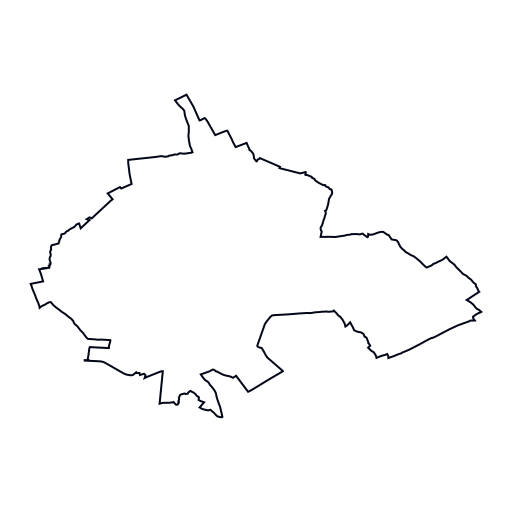 outline of Vaslui, Vaslui, Romania
{"feature_id": "2599482B13653290667893", "entity_name": "Vaslui", "entity_type": "district", "adm_level": 2, "iso_a3": "ROU", "parent_name": "Romania", "parent_adm1": "Vaslui", "projection": "equal_earth", "projection_center": [27.742, 46.653], "detail": "fine", "context": "isolated", "style": "outline", "palette": "ink", "viewbox_px": 512, "rotation_deg": 0, "n_neighbors": 0, "source": "geoboundaries", "source_scale": "gbopen_adm2", "svg_char_len": 6018}
<svg xmlns="http://www.w3.org/2000/svg" viewBox="0 0 512 512"><path d="M216.6,396.4L215.7,392.7L214.7,390.8L212.4,387.6L209.7,384.5L208.9,383.0L207.4,381.4L205.8,380.6L204.6,379.6L202.3,376.6L200.8,374.4L209.6,371.3L212.6,369.6L213.9,369.7L216.2,371.5L217.1,371.5L218.1,372.2L222.9,374.6L224.9,375.3L230.4,376.5L233.0,377.8L236.1,375.8L248.1,391.8L251.6,390.0L270.2,378.7L282.8,371.3L282.6,370.8L267.4,357.6L265.5,354.8L263.7,351.3L261.7,348.0L259.9,347.7L257.8,346.7L257.4,346.2L257.3,345.6L264.8,324.3L266.6,321.5L270.3,316.9L272.2,315.4L275.0,315.1L287.6,314.4L300.1,313.4L306.9,313.0L310.4,313.1L316.1,312.2L317.7,312.2L321.2,311.8L326.8,311.5L327.8,311.8L333.1,311.4L333.9,310.6L337.4,314.2L337.7,314.9L339.5,316.3L340.1,316.6L342.7,319.9L343.4,321.2L343.9,322.4L344.3,322.8L344.7,323.7L345.4,326.5L347.6,325.0L349.6,322.9L350.1,322.3L353.0,327.5L354.0,330.0L355.3,330.9L357.7,331.8L361.1,332.4L362.8,333.5L363.7,334.3L364.6,336.7L365.7,337.0L366.2,337.7L366.7,338.0L368.4,342.6L368.3,343.1L368.8,343.5L370.2,345.7L368.1,347.7L371.4,350.9L372.7,351.6L373.9,352.4L375.6,355.1L376.3,356.9L376.5,357.9L379.0,356.8L383.3,355.3L384.6,355.1L387.2,354.0L388.4,356.6L388.4,358.0L393.6,356.2L399.1,353.9L400.2,353.7L401.6,353.1L402.0,352.7L409.0,349.8L420.0,344.1L428.2,339.6L431.7,337.9L432.3,338.0L435.1,336.8L449.4,329.3L457.8,325.4L469.1,321.3L470.3,320.6L474.8,320.5L474.3,319.8L473.7,319.2L473.1,317.8L473.1,316.6L475.8,314.7L478.3,313.2L480.3,312.5L481.3,311.9L479.1,310.0L476.6,308.6L475.2,307.1L474.5,306.1L473.4,304.7L471.4,303.0L469.9,301.9L466.7,300.0L479.2,291.8L478.6,291.2L477.1,287.9L475.9,286.1L475.8,284.5L475.7,284.2L473.6,282.7L470.8,279.4L468.5,277.8L466.6,275.9L463.1,274.0L462.3,273.2L460.0,270.9L458.8,269.6L456.6,267.5L455.7,266.5L455.1,265.5L454.1,264.4L449.8,261.1L446.4,256.7L443.0,259.4L441.6,260.2L437.2,262.2L436.4,262.8L433.3,263.9L432.5,264.7L431.2,265.6L427.5,267.2L426.4,267.5L423.6,265.0L420.5,261.8L415.8,257.8L413.5,256.2L410.7,255.0L407.4,252.9L405.7,252.1L404.5,250.7L402.3,249.0L400.1,246.4L399.4,244.8L398.9,244.1L398.5,242.9L398.1,242.1L397.2,241.0L396.1,240.2L391.6,239.4L388.7,235.1L386.9,234.5L383.4,232.0L381.5,231.8L378.7,232.4L375.0,233.7L373.9,234.2L372.2,234.6L370.0,234.8L368.2,234.0L368.0,236.7L367.3,237.2L363.5,234.4L362.8,233.7L362.3,233.6L360.0,234.4L355.9,234.0L353.3,234.2L352.0,234.0L349.8,234.7L347.3,234.9L344.7,235.6L335.1,237.0L329.4,236.8L320.6,236.9L321.7,231.6L321.5,231.0L321.1,230.6L320.6,228.9L320.6,228.3L320.9,227.1L321.9,225.6L322.1,224.8L322.7,223.6L322.7,223.1L323.8,219.4L324.0,219.3L324.3,218.4L325.1,215.5L325.6,214.3L325.8,213.5L325.5,211.9L325.5,211.4L325.1,210.9L326.2,210.3L326.6,209.3L328.1,204.5L329.0,199.0L331.0,195.4L331.7,194.6L332.2,192.8L331.6,189.8L331.1,189.3L330.2,189.2L329.6,188.9L328.5,187.4L327.1,187.0L325.7,186.3L325.4,185.7L325.4,185.3L324.9,185.0L324.1,185.2L323.2,185.1L318.7,182.8L316.2,181.1L315.6,180.8L314.7,179.6L314.5,179.0L314.1,178.6L312.3,178.1L312.2,177.7L311.6,176.8L306.4,174.7L306.0,175.0L305.3,174.7L305.8,172.3L305.6,172.0L300.3,173.4L280.1,168.3L279.4,168.0L279.9,166.8L259.9,158.1L259.6,158.7L258.9,159.1L257.6,159.6L256.8,161.2L256.6,161.4L256.3,161.3L254.1,158.5L253.9,157.9L253.9,156.6L253.6,155.0L253.3,154.0L252.8,153.2L250.9,150.8L249.4,150.0L249.3,148.7L248.2,146.7L246.6,142.9L235.6,147.1L232.9,141.9L231.6,138.9L227.4,130.8L227.1,130.6L224.3,131.5L215.2,135.1L207.2,121.0L205.1,118.3L204.6,118.1L203.7,118.5L200.7,120.1L199.8,120.5L199.5,120.4L193.5,106.8L186.5,94.7L175.0,100.3L178.0,104.3L179.7,106.1L183.0,109.1L184.3,110.8L184.9,115.2L185.7,118.0L188.8,126.1L188.8,131.7L188.4,136.0L189.0,140.8L190.0,146.0L191.3,148.8L192.5,152.3L191.4,152.7L185.2,153.6L183.1,153.7L181.7,153.4L179.5,153.3L177.9,154.3L176.5,154.6L174.7,154.4L172.9,155.1L169.0,155.7L168.0,156.4L165.5,156.7L164.1,156.6L161.4,156.1L155.2,157.0L128.2,159.9L128.2,162.7L129.6,174.2L131.6,184.0L121.2,188.5L120.0,187.1L107.7,193.4L112.6,199.3L110.4,201.0L91.8,218.3L89.5,217.4L86.8,219.1L89.5,220.1L80.7,228.3L79.5,224.7L79.3,223.8L79.0,223.4L76.7,224.4L75.5,225.6L75.2,226.0L74.8,226.4L74.5,226.8L69.8,229.3L68.3,230.6L66.5,231.5L65.8,232.1L65.3,233.0L63.9,233.8L61.8,234.2L61.3,234.6L61.1,237.0L59.4,240.1L59.4,240.8L59.1,241.9L58.5,243.5L56.6,243.9L55.4,244.4L52.2,245.0L51.5,245.5L51.3,246.0L50.9,247.6L51.1,249.9L50.4,250.9L50.1,251.8L50.6,254.0L50.7,255.6L50.3,256.6L49.9,257.1L49.6,258.6L49.6,259.6L49.8,260.5L50.7,263.1L50.3,264.5L49.6,264.4L49.7,265.4L48.8,266.0L49.5,267.2L49.3,267.8L44.1,268.1L44.7,268.5L39.1,269.3L40.4,272.5L41.0,274.2L43.1,281.4L30.7,283.9L31.7,286.5L32.4,288.8L35.0,295.0L36.3,298.6L38.2,302.8L39.3,306.1L39.6,307.8L41.6,306.2L45.6,304.3L46.6,303.5L49.1,302.3L50.8,302.1L53.3,305.1L55.4,306.9L62.2,312.1L65.3,314.1L68.8,317.0L71.4,318.9L72.5,320.2L73.3,321.2L74.1,323.3L74.5,323.8L77.5,326.4L80.3,330.2L83.2,333.1L85.9,336.9L87.6,338.7L88.0,338.9L95.5,339.4L97.0,339.7L101.4,339.6L110.3,340.1L110.4,340.5L110.2,341.6L108.9,346.1L108.9,346.8L109.1,347.3L108.9,348.1L89.8,347.1L89.3,348.6L88.3,356.2L87.7,358.9L88.1,359.6L88.5,359.9L86.2,360.2L84.7,360.1L84.7,360.6L99.6,361.3L101.3,361.5L103.4,362.0L105.1,362.8L124.0,373.6L126.5,374.6L130.5,375.3L132.5,375.1L133.0,374.9L136.1,372.4L136.3,373.0L139.6,373.1L140.0,375.0L144.0,373.8L145.5,375.1L144.6,378.1L147.5,376.7L159.9,371.8L161.7,371.2L162.8,371.3L159.6,403.7L163.0,402.8L169.8,402.8L171.2,402.4L172.3,402.5L173.4,402.0L175.5,404.2L176.3,404.8L177.4,404.6L178.1,404.1L178.1,403.3L178.7,402.9L178.9,402.3L178.8,401.6L178.4,401.5L178.4,401.1L179.0,399.8L179.1,399.2L178.9,397.8L180.0,395.2L180.9,394.5L184.5,393.5L184.8,393.5L185.4,394.0L187.3,393.8L187.7,393.7L188.2,392.6L190.3,390.9L190.6,390.9L192.4,392.1L193.7,392.6L195.5,394.2L196.9,396.0L198.7,397.0L198.9,397.5L198.6,400.0L201.0,401.2L204.1,402.3L199.6,407.4L202.5,409.1L208.0,410.4L210.4,409.8L213.7,412.6L217.0,416.1L217.9,416.5L221.1,417.3L222.3,417.1L222.4,416.8L220.1,406.9L218.7,403.3L217.3,399.2L216.5,396.6L216.6,396.4Z" fill="none" stroke="#020617" stroke-width="2"/></svg>